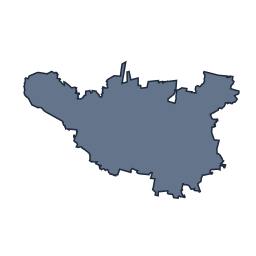 outline of Salamanca, Guanajuato, Mexico, rotated 275°
{"feature_id": "50627088B5946964256330", "entity_name": "Salamanca", "entity_type": "district", "adm_level": 2, "iso_a3": "MEX", "parent_name": "Mexico", "parent_adm1": "Guanajuato", "projection": "albers", "projection_center": [-101.157, 20.652], "detail": "fine", "context": "isolated", "style": "filled", "palette": "slate", "viewbox_px": 256, "rotation_deg": 275, "n_neighbors": 0, "source": "geoboundaries", "source_scale": "gbopen_adm2", "svg_char_len": 5838}
<svg xmlns="http://www.w3.org/2000/svg" viewBox="0 0 256 256"><g transform="rotate(275 128 128)"><path d="M62.5,184.1L63.9,184.1L64.7,184.7L64.1,186.3L64.2,188.6L63.7,190.0L63.8,190.5L64.1,190.8L65.9,190.0L65.5,189.0L66.0,188.2L67.4,187.3L69.4,186.5L70.2,187.0L70.4,186.6L70.8,186.5L71.2,187.6L72.2,187.0L77.2,187.5L77.4,188.2L76.4,188.5L76.5,192.1L75.5,194.2L73.0,195.7L72.5,196.2L72.9,198.5L73.4,199.5L72.1,199.2L71.6,199.6L71.4,202.8L71.6,204.0L71.4,203.9L70.9,204.7L71.5,204.8L71.4,205.3L70.8,205.1L71.0,205.5L77.3,202.7L78.8,202.6L81.3,205.4L82.3,205.2L83.9,205.5L85.2,205.5L85.6,205.9L87.6,206.4L87.7,208.0L89.4,213.3L89.4,215.4L90.4,215.2L90.5,216.1L91.1,216.0L91.0,213.6L92.8,213.7L93.8,214.4L94.9,221.5L94.3,223.3L98.6,223.0L98.8,224.9L98.5,224.9L98.2,226.2L96.8,227.1L96.9,227.8L99.4,228.4L99.4,228.0L99.9,227.9L99.8,226.6L100.6,223.5L103.0,225.9L103.5,226.1L103.7,225.4L105.8,224.2L106.1,224.3L106.3,223.7L107.7,223.1L109.4,221.6L110.3,220.1L110.3,219.0L114.7,218.3L123.6,219.8L123.7,216.9L123.5,216.0L123.9,214.8L130.9,211.7L135.4,211.6L135.8,211.4L136.4,212.2L136.3,213.3L136.7,213.7L136.9,214.4L137.3,214.9L137.9,214.8L138.6,213.5L139.2,214.5L140.3,213.9L141.1,214.6L141.3,215.4L142.5,215.2L142.9,215.4L143.0,215.7L142.7,216.2L142.9,216.7L143.9,216.7L144.4,216.4L144.7,215.9L144.2,214.5L144.3,213.6L143.9,212.4L144.1,212.0L145.1,210.6L147.3,209.6L147.6,208.9L149.1,208.9L149.1,209.8L150.6,211.0L150.6,212.0L151.5,212.8L151.7,213.5L152.3,214.0L153.5,216.1L154.0,216.4L155.2,216.3L155.5,217.1L155.9,217.2L156.1,217.8L155.8,218.2L155.4,219.3L155.5,219.8L156.0,220.0L156.4,220.6L157.4,221.2L157.9,222.0L159.7,222.6L161.6,222.9L161.6,224.4L161.0,225.0L161.3,225.5L162.0,225.5L161.7,226.6L162.2,227.4L162.0,228.0L161.6,228.1L161.3,228.5L161.4,229.8L162.4,230.2L162.6,230.9L163.0,231.2L163.1,232.4L166.3,234.3L169.5,231.3L170.8,233.3L171.1,234.4L171.9,235.0L172.0,235.3L174.4,235.3L176.1,226.7L179.9,227.3L180.5,228.4L183.6,229.5L184.9,227.8L188.4,228.0L188.5,225.0L187.4,225.0L187.4,224.0L188.1,223.8L188.3,222.5L187.0,223.0L186.8,222.4L188.4,221.3L188.4,213.6L190.8,198.9L189.4,198.5L188.9,198.7L187.9,199.9L186.9,199.8L185.9,200.2L183.6,199.6L181.5,200.2L180.9,199.8L179.0,199.4L177.9,197.7L177.3,197.6L176.3,196.7L175.8,196.6L175.5,195.4L176.2,193.9L175.9,193.0L175.0,192.0L173.3,191.7L172.0,191.8L170.5,192.5L168.9,192.7L169.0,188.2L169.6,188.5L169.8,182.8L172.4,183.2L172.7,178.2L170.8,175.5L169.9,173.3L163.5,173.0L161.6,173.4L156.7,172.6L158.0,165.7L160.3,165.3L165.5,170.7L166.1,171.0L169.0,171.8L169.8,171.2L170.1,171.5L169.9,172.3L179.6,172.2L177.8,163.7L178.0,163.3L177.7,163.1L177.2,159.6L176.1,159.6L176.0,158.6L177.0,158.4L177.4,158.1L177.0,157.6L176.6,154.8L175.7,154.8L175.8,154.5L177.9,154.2L176.0,144.1L170.0,143.4L168.8,137.5L171.5,136.9L171.5,136.1L171.2,134.4L178.7,133.7L176.2,126.7L184.4,124.1L183.7,122.2L173.9,123.2L171.9,118.2L193.5,120.0L191.1,116.5L178.9,115.9L178.8,109.5L174.3,103.3L172.6,102.4L172.3,103.4L171.6,103.2L170.1,103.4L169.8,103.2L169.5,103.5L169.1,103.3L168.8,103.6L166.8,104.2L166.6,103.8L166.0,103.6L165.7,102.4L166.0,102.1L166.0,101.6L166.3,101.3L165.9,100.8L166.5,100.3L166.8,99.5L165.0,99.0L164.5,99.5L161.3,99.4L160.9,100.1L160.3,99.9L160.0,99.3L159.2,98.6L158.1,99.4L156.5,98.9L156.3,98.1L157.4,96.4L158.6,96.2L159.2,95.2L159.7,94.9L161.0,93.2L161.9,93.0L162.2,89.1L160.5,89.1L159.6,88.1L162.0,86.6L161.6,86.1L160.9,82.7L156.9,82.9L156.8,82.0L156.4,81.8L156.3,81.4L155.4,81.2L155.2,80.7L154.8,80.7L153.7,79.9L152.7,77.8L152.8,75.9L152.6,75.2L152.8,75.0L153.5,75.4L154.1,75.2L154.5,75.8L156.0,75.3L157.2,76.1L157.4,76.5L157.7,76.5L158.3,76.4L158.6,76.0L157.8,75.0L158.4,74.4L157.9,73.4L158.1,72.6L159.9,73.0L159.7,73.7L161.1,73.5L161.4,72.9L162.0,72.9L162.5,72.6L163.1,73.2L163.6,73.2L163.6,72.2L164.0,71.6L163.1,68.3L165.1,65.8L167.8,61.8L168.4,60.2L165.1,60.8L165.9,59.2L167.7,57.6L168.3,56.8L168.5,56.1L169.1,55.5L170.7,56.4L171.1,55.9L171.3,55.3L170.9,54.5L171.3,53.2L172.9,53.3L173.9,52.9L175.0,53.6L175.3,53.1L176.1,52.8L176.0,52.3L176.7,52.2L177.1,51.6L176.9,50.8L176.6,50.7L176.4,49.4L177.5,47.7L177.5,46.4L176.4,45.3L175.4,43.3L174.9,42.9L175.5,34.1L175.2,32.5L171.2,25.1L168.4,24.1L168.9,21.7L168.1,21.5L167.9,21.2L167.6,21.5L166.8,21.6L164.5,21.4L163.4,20.9L162.5,21.3L160.7,21.0L160.4,20.7L158.7,21.5L157.8,21.4L157.3,21.8L156.1,21.8L154.6,21.4L153.5,21.8L152.5,21.9L150.6,23.5L150.5,24.1L149.8,24.6L149.5,25.5L148.6,26.4L142.7,30.2L140.3,36.7L140.8,37.4L140.6,40.2L138.2,42.5L136.8,44.8L129.0,62.3L128.2,62.3L127.8,63.0L127.2,62.9L125.9,63.3L125.1,63.9L124.9,64.8L124.4,65.2L123.9,65.3L123.9,65.0L121.9,66.0L122.2,66.2L122.2,66.6L121.5,68.3L121.0,69.0L121.0,69.6L121.8,69.5L121.7,77.1L119.8,77.2L119.8,77.6L116.6,77.1L114.3,76.1L114.2,75.5L116.1,75.0L116.0,74.7L114.5,74.7L113.2,75.6L111.9,75.6L111.0,75.3L110.4,75.4L109.7,76.1L108.6,78.2L107.5,79.2L104.7,78.1L104.3,79.8L105.1,82.4L105.1,83.4L103.8,84.3L104.0,84.7L103.0,85.9L103.0,86.5L101.5,88.4L101.1,89.5L100.0,90.6L99.9,91.2L99.2,91.7L97.9,92.1L97.6,92.8L97.0,93.0L96.4,92.6L95.6,92.6L93.9,93.0L92.3,92.5L91.5,93.5L91.1,94.7L91.4,94.8L91.2,98.0L91.5,100.0L89.7,99.0L88.7,101.6L88.3,104.3L88.1,104.5L87.1,103.9L87.5,102.8L85.1,103.4L84.8,104.4L84.2,105.0L84.5,105.3L85.2,106.8L85.1,107.7L84.9,108.1L84.2,108.5L83.8,109.2L84.8,110.7L84.7,111.2L84.2,111.9L82.7,112.3L80.7,114.0L80.4,115.3L80.7,115.7L80.2,116.6L80.3,117.2L79.6,118.0L79.9,118.9L79.3,119.5L79.3,119.9L80.3,120.2L80.4,121.8L86.2,123.3L84.0,134.7L85.1,134.9L85.7,134.2L88.0,135.8L86.5,139.9L86.3,141.3L84.9,140.5L83.7,141.8L83.3,145.6L83.5,145.7L83.3,152.9L83.9,153.0L84.7,153.7L84.7,154.1L85.8,154.8L85.5,156.1L79.8,155.0L79.8,159.2L71.0,158.4L68.8,157.9L66.3,161.2L63.6,160.9L63.1,163.9L67.4,163.9L67.5,166.2L68.5,170.9L68.7,173.2L66.3,173.1L65.8,174.5L65.8,178.3L62.6,179.6L62.5,184.1Z" fill="#64748b" stroke="#1e293b" stroke-width="1.5"/></g></svg>